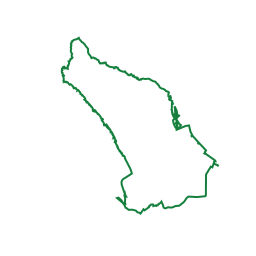 NCR, Fourth District, Paranaque, Philippines (Robinson projection), rotated 139°
{"feature_id": "2640588B20861121251971", "entity_name": "NCR, Fourth District", "entity_type": "district", "adm_level": 2, "iso_a3": "PHL", "parent_name": "Philippines", "parent_adm1": "Paranaque", "projection": "robinson", "projection_center": [120.995, 14.466], "detail": "fine", "context": "isolated", "style": "outline", "palette": "green", "viewbox_px": 256, "rotation_deg": 139, "n_neighbors": 0, "source": "geoboundaries", "source_scale": "gbopen_adm2", "svg_char_len": 5809}
<svg xmlns="http://www.w3.org/2000/svg" viewBox="0 0 256 256"><g transform="rotate(139 128 128)"><path d="M113.3,230.2L113.3,229.8L114.5,229.7L114.7,229.3L115.9,229.0L116.0,228.3L116.8,227.7L116.9,227.1L118.3,226.5L118.6,225.4L120.6,223.8L121.5,221.6L121.5,220.6L122.9,219.8L123.7,218.6L123.6,217.6L125.2,217.3L125.8,217.8L126.4,217.8L127.0,217.1L128.4,216.7L129.1,217.2L129.8,215.6L131.6,214.5L132.3,214.6L132.7,214.0L133.3,214.0L134.6,212.2L135.8,214.4L135.9,215.4L136.4,215.0L136.3,216.3L136.8,216.5L137.0,215.9L138.0,215.6L138.5,216.2L138.8,216.2L139.4,215.6L139.6,214.7L140.5,214.6L141.2,213.7L141.6,213.0L141.3,212.6L141.7,212.2L142.0,211.1L142.1,210.3L141.9,209.5L142.7,209.2L142.7,210.1L142.9,210.2L143.2,209.0L144.5,206.9L145.7,206.1L145.4,205.2L146.2,204.7L145.2,204.1L144.8,203.3L144.5,203.5L144.1,203.2L143.8,202.1L143.6,202.0L143.7,199.0L142.6,198.7L142.3,197.3L142.3,195.0L142.8,194.1L142.8,193.5L141.8,193.2L141.7,192.6L141.2,192.2L141.5,191.4L141.3,191.2L141.5,190.1L142.2,190.0L140.7,190.0L141.9,189.6L140.6,189.5L141.1,189.3L140.7,189.2L140.7,188.0L140.9,187.0L140.7,186.8L141.0,185.5L141.6,185.0L140.8,183.1L141.3,182.6L140.9,182.0L140.8,179.2L141.2,178.0L141.8,177.9L141.8,177.6L142.3,177.8L142.3,177.7L141.8,177.5L141.9,176.1L142.4,175.0L142.8,175.2L142.3,174.7L142.5,174.4L142.3,174.1L141.6,174.2L141.6,171.6L142.0,171.5L142.1,170.7L141.6,170.5L141.5,169.6L141.9,168.7L141.5,168.4L141.8,165.7L142.9,164.7L143.0,164.2L142.5,164.0L143.0,163.6L142.7,163.4L142.6,162.6L142.5,162.3L142.3,162.2L142.5,163.3L141.7,163.2L141.7,162.8L141.3,162.8L141.3,162.2L141.8,162.2L141.9,161.8L141.4,161.6L141.6,158.6L141.3,158.6L141.2,157.6L141.3,154.4L141.9,153.4L141.7,152.4L142.0,151.9L141.2,151.5L141.3,151.2L142.2,151.8L142.8,151.0L142.8,150.5L142.5,150.5L143.2,147.1L144.3,145.8L144.1,145.5L143.0,145.2L143.3,141.6L143.1,140.3L142.8,140.7L142.4,144.7L142.0,144.7L142.6,139.2L142.5,138.4L143.2,136.4L143.7,136.5L143.9,136.2L143.1,135.8L143.0,135.3L143.4,133.8L143.8,133.8L143.6,133.3L143.8,132.3L144.2,132.2L144.0,131.7L144.2,130.9L144.9,130.6L144.5,129.9L145.4,129.7L144.9,129.4L145.2,129.1L144.9,128.8L145.2,127.3L146.2,126.7L145.6,126.0L145.8,125.6L146.3,125.4L147.2,125.6L147.1,124.8L147.9,122.3L147.7,122.0L148.2,120.5L148.5,120.7L148.7,120.4L148.4,120.0L149.0,119.0L149.0,117.3L149.6,116.1L149.5,115.4L149.1,115.4L149.2,114.1L149.7,113.4L149.7,112.6L149.4,112.5L149.7,112.2L149.6,111.4L150.2,110.6L150.0,110.0L149.3,109.5L149.4,108.2L150.2,107.2L153.0,95.7L154.1,92.9L155.0,91.1L165.2,92.6L166.7,92.4L168.1,91.7L169.8,89.6L172.8,82.5L172.4,82.3L172.9,81.2L173.2,81.3L174.0,79.0L174.9,79.5L175.3,78.8L174.3,78.2L174.4,77.5L174.8,77.9L176.1,77.2L176.8,76.1L178.6,74.5L179.9,72.4L181.1,73.7L180.4,77.6L180.9,81.7L182.2,82.3L181.1,75.3L181.2,72.2L182.1,69.5L181.6,68.2L181.2,65.8L178.3,63.5L176.2,60.4L176.2,58.1L175.0,56.7L174.7,55.2L169.6,56.5L169.5,55.0L164.2,54.5L164.0,55.0L163.5,55.2L162.0,54.9L161.3,55.3L159.4,54.1L159.5,53.3L160.1,52.4L158.4,51.7L157.9,50.8L157.4,51.1L156.3,50.1L155.6,50.4L155.4,49.6L155.3,50.1L154.0,50.5L152.5,50.1L151.1,50.5L152.2,46.7L153.1,45.3L153.2,43.9L152.3,42.7L149.9,42.0L147.7,39.7L146.5,38.9L143.5,38.0L140.2,35.7L134.2,35.5L129.5,36.7L127.4,36.6L121.1,30.5L114.4,25.8L113.5,26.0L99.6,41.7L90.8,44.5L90.2,43.0L86.7,44.9L84.8,41.1L85.1,39.9L84.8,40.4L84.7,41.1L86.7,45.0L83.8,46.8L83.7,45.6L83.9,45.3L84.3,44.9L84.0,45.0L83.7,45.6L83.8,46.8L83.0,47.3L83.7,47.0L83.8,47.3L86.4,58.0L86.3,57.4L86.7,57.7L87.1,58.7L85.3,59.5L85.2,59.2L84.7,58.9L85.1,59.5L83.8,59.9L84.2,70.2L85.0,70.1L85.0,70.5L84.2,70.6L84.4,79.9L85.3,79.9L85.3,80.3L84.3,80.2L83.2,84.3L80.3,89.9L83.2,91.7L92.5,94.8L91.8,95.7L91.8,97.4L90.8,101.1L89.0,104.3L87.1,104.5L85.8,103.5L86.3,102.7L87.1,100.2L87.4,100.2L87.4,100.6L88.6,100.4L88.6,100.0L87.6,100.2L88.0,99.3L88.6,99.4L88.2,99.0L89.1,98.1L89.0,97.7L89.6,96.9L90.0,97.2L90.7,96.6L90.7,95.7L91.2,95.5L90.7,95.0L89.1,94.6L88.7,94.2L87.1,95.3L86.2,95.4L86.6,97.4L85.7,103.2L83.5,103.7L81.4,103.7L81.4,104.0L82.3,104.0L82.3,105.2L79.9,109.2L78.6,113.8L80.6,110.9L80.8,110.2L81.3,110.1L81.8,109.1L83.3,107.6L83.7,107.7L83.8,107.2L83.6,107.6L83.1,107.3L83.4,106.7L83.9,107.0L84.0,106.7L83.5,106.5L83.5,106.1L83.8,105.9L84.0,106.6L84.1,105.8L83.4,105.3L84.2,105.6L84.2,105.2L84.3,104.9L84.0,104.4L84.2,104.1L85.4,103.6L86.8,104.6L86.4,104.8L86.0,107.7L85.2,108.7L85.3,109.1L85.0,109.1L84.6,110.7L84.3,110.7L83.9,111.7L83.5,111.9L83.1,113.3L82.8,113.3L79.7,116.7L78.4,116.7L77.9,117.2L78.0,117.8L78.4,116.9L79.0,117.1L78.7,117.8L77.0,119.2L77.3,119.5L77.4,120.7L78.1,121.7L78.2,122.6L77.5,123.2L76.3,122.3L75.5,123.0L75.1,124.2L76.5,124.7L76.7,125.5L75.0,127.4L74.0,127.7L73.8,128.4L74.1,129.4L75.1,131.0L75.1,132.6L75.7,134.3L76.8,135.9L77.3,137.4L77.2,138.7L76.8,139.5L77.0,140.5L76.7,141.6L77.1,142.5L76.9,144.9L78.5,147.2L78.7,148.1L79.3,149.2L79.4,150.3L80.1,151.7L82.9,153.7L84.2,155.4L85.5,155.9L85.8,156.3L86.5,156.0L86.9,156.6L88.0,156.8L88.5,158.2L87.9,158.7L88.0,159.5L88.6,159.2L89.0,159.6L88.4,160.6L89.6,161.9L89.3,163.6L89.9,163.5L90.0,163.0L90.4,163.5L90.2,166.6L90.8,166.8L91.8,166.5L92.6,167.1L92.6,167.8L93.1,168.0L93.0,169.7L93.5,171.3L93.0,172.4L93.3,172.8L94.0,172.9L95.4,174.7L96.6,177.2L96.4,177.8L96.8,178.5L96.2,180.1L96.7,180.3L96.9,181.8L97.7,182.4L98.4,182.3L98.9,181.8L99.3,182.1L99.0,182.6L99.4,183.6L101.2,185.6L102.2,187.5L102.2,188.6L102.9,189.3L102.5,190.8L102.7,191.5L102.1,191.6L101.9,192.1L103.9,193.4L104.6,193.2L105.4,194.2L106.1,194.5L106.2,195.0L106.7,195.1L106.7,196.5L105.8,198.3L106.7,200.4L106.7,201.4L107.0,202.1L107.5,202.3L107.7,203.6L108.2,204.2L109.7,204.7L109.0,207.5L109.1,209.4L108.5,211.3L106.2,213.9L106.1,217.7L105.8,219.7L106.0,220.9L105.9,221.8L106.5,223.2L106.3,225.5L106.6,226.5L106.0,228.3L108.3,228.6L111.1,230.0L113.3,230.2Z" fill="none" stroke="#15803d" stroke-width="2"/></g></svg>